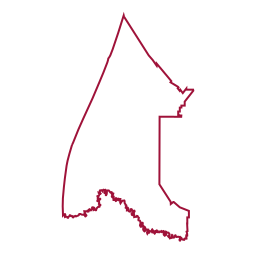 Matamoros, Tamaulipas, Mexico, rotated 180°
{"feature_id": "50627088B46889164342382", "entity_name": "Matamoros", "entity_type": "district", "adm_level": 2, "iso_a3": "MEX", "parent_name": "Mexico", "parent_adm1": "Tamaulipas", "projection": "equal_earth", "projection_center": [-97.465, 25.556], "detail": "fine", "context": "isolated", "style": "outline", "palette": "rose", "viewbox_px": 256, "rotation_deg": 180, "n_neighbors": 0, "source": "geoboundaries", "source_scale": "gbopen_adm2", "svg_char_len": 5571}
<svg xmlns="http://www.w3.org/2000/svg" viewBox="0 0 256 256"><g transform="rotate(180 128 128)"><path d="M74.8,139.2L74.7,140.5L77.3,140.6L77.3,141.2L77.8,141.2L77.8,144.5L76.2,144.5L76.2,148.4L74.6,148.5L74.6,150.4L71.3,150.4L71.3,154.4L62.7,165.3L62.9,166.3L69.7,166.3L69.7,167.4L73.2,162.9L75.7,166.3L76.3,165.2L78.3,167.7L77.5,168.6L78.0,169.2L85.5,173.7L84.7,174.9L99.3,192.4L99.4,191.1L99.2,190.8L99.3,190.2L103.3,196.0L107.3,200.6L127.8,232.8L131.6,238.7L132.1,238.8L132.2,239.3L132.2,240.2L132.3,240.6L137.8,223.1L143.3,206.8L145.7,200.6L146.6,199.0L147.7,197.5L148.0,195.8L148.7,193.5L152.7,183.2L156.7,173.6L163.4,157.8L172.7,137.5L177.6,126.5L183.0,113.1L183.7,111.7L184.1,111.7L183.9,111.7L183.9,111.4L186.6,102.2L188.4,95.4L189.4,90.4L191.1,77.9L192.1,69.0L193.1,57.8L193.3,49.8L193.0,40.5L192.1,41.4L191.3,41.9L191.0,41.9L190.7,41.3L191.1,39.5L191.0,39.0L190.1,39.4L189.6,39.4L188.9,39.0L188.5,38.3L188.1,38.2L187.9,39.0L186.4,39.8L186.4,40.5L186.1,40.8L185.3,40.5L184.7,39.9L183.4,39.9L183.2,39.6L183.2,38.7L182.8,38.6L181.9,39.5L181.0,40.0L180.7,40.1L180.2,39.6L179.9,39.6L178.9,40.1L177.9,40.4L177.1,41.0L176.8,41.9L176.5,42.0L175.5,42.0L174.3,41.4L171.7,41.1L171.2,40.7L170.8,39.7L170.5,39.6L169.7,40.4L169.6,40.7L170.5,41.8L171.5,42.3L171.0,42.9L171.6,44.0L171.7,44.8L169.2,44.6L168.6,45.3L168.2,45.1L168.0,44.4L167.4,44.5L167.2,44.9L167.2,45.9L167.1,46.4L166.3,46.8L165.6,45.8L165.2,45.6L164.9,45.7L163.9,47.1L163.9,48.5L163.6,48.7L162.8,48.6L162.5,46.8L162.3,47.1L162.3,48.1L162.0,48.3L161.7,48.1L161.6,47.7L161.9,46.3L161.9,46.1L160.9,46.2L160.1,45.7L159.9,45.8L159.6,47.1L158.9,48.2L157.9,49.1L156.6,49.2L156.5,49.7L156.7,50.4L156.5,50.6L156.0,50.4L155.6,50.9L155.7,51.3L157.1,52.0L156.8,53.8L157.0,54.6L157.3,54.8L158.4,54.8L158.7,55.1L158.6,55.3L158.4,55.6L157.4,55.7L156.6,56.0L155.9,56.6L155.7,57.0L155.9,57.3L157.4,57.4L157.7,57.4L158.0,56.9L158.3,57.1L158.2,58.5L158.6,59.8L158.2,60.0L158.2,59.4L157.8,59.2L157.1,60.4L156.5,61.8L155.7,62.0L155.4,62.4L155.6,62.6L156.5,62.5L157.0,62.7L157.3,63.0L157.4,63.5L156.8,63.3L156.3,63.6L156.1,64.0L156.2,65.3L155.9,65.7L155.4,65.6L154.5,65.8L153.6,64.8L153.3,65.8L152.6,66.3L152.2,66.2L151.7,65.9L150.6,66.2L150.4,65.9L150.4,65.7L151.1,65.6L151.4,65.4L151.4,64.3L151.7,63.4L151.5,63.0L151.2,63.0L150.7,63.7L150.6,64.5L150.4,64.7L150.2,64.4L149.8,63.5L150.2,62.5L150.0,61.8L150.3,61.1L150.2,60.9L149.8,60.9L149.3,62.0L149.1,64.0L149.4,65.0L149.5,65.1L149.5,65.4L147.9,65.6L147.2,65.5L145.6,63.5L144.8,63.9L144.3,63.8L144.0,63.2L144.3,62.4L144.2,62.1L143.7,62.1L143.0,62.6L142.7,62.5L142.8,62.0L143.0,61.6L143.6,61.4L143.7,60.5L144.1,60.1L144.2,59.6L143.8,58.8L143.5,58.6L143.3,58.8L142.8,59.7L142.5,59.7L142.3,59.4L142.2,59.0L142.6,57.3L142.5,56.0L141.9,56.0L141.1,56.5L140.0,57.9L139.4,57.6L139.3,57.0L140.3,56.1L140.4,55.3L140.2,55.0L139.9,55.1L138.8,56.3L137.7,57.2L137.4,57.3L137.2,57.1L137.4,56.2L137.4,55.8L137.2,55.7L136.4,56.7L136.0,57.0L135.6,57.0L135.6,55.5L135.8,53.4L135.5,52.7L134.3,54.5L133.4,55.3L131.7,55.5L131.4,54.9L131.4,53.5L131.3,52.8L130.7,52.0L130.5,51.1L129.9,50.9L129.7,50.7L129.6,50.0L130.3,48.8L130.3,48.2L129.8,48.0L128.4,48.4L128.1,48.1L128.2,47.8L129.1,46.6L129.1,45.8L128.9,45.9L128.3,47.3L128.0,47.4L127.8,47.2L127.8,45.7L127.6,45.1L126.6,44.4L126.0,44.4L125.7,44.8L125.5,45.7L125.5,46.7L125.1,46.9L124.6,46.9L124.1,46.5L124.1,46.2L124.4,45.6L124.2,45.2L123.0,44.8L121.9,45.4L121.6,45.3L121.4,44.7L121.7,44.1L123.2,43.1L124.3,42.8L124.4,42.1L124.1,41.1L123.0,40.7L123.3,42.0L123.3,42.4L122.9,43.1L122.4,43.3L122.1,42.9L122.0,41.6L121.6,40.5L121.8,39.2L121.8,38.9L120.9,39.1L119.8,39.1L119.1,40.1L118.5,40.0L118.0,39.1L117.1,38.1L117.6,36.8L117.5,35.7L116.1,35.3L115.6,34.1L115.6,33.4L115.3,33.0L114.9,33.0L113.9,33.3L113.4,33.2L113.2,32.9L113.4,31.8L113.8,31.4L114.6,31.7L115.0,32.5L115.5,32.4L115.8,31.8L116.0,30.6L115.8,30.2L115.7,30.0L115.0,31.3L114.4,31.4L114.2,31.2L114.5,30.0L114.4,29.3L114.1,29.3L113.8,29.6L113.5,30.5L113.0,30.6L112.1,29.5L111.1,28.9L110.8,28.4L110.8,27.9L112.0,28.1L112.7,27.7L112.8,27.4L112.8,26.4L112.3,25.4L111.5,24.6L111.3,24.7L110.6,25.5L110.5,26.1L110.7,26.8L110.4,27.2L109.4,26.3L108.0,26.5L107.7,26.4L107.8,25.3L108.6,24.5L108.9,23.8L109.0,23.3L108.6,22.3L108.4,22.6L108.3,23.8L107.9,24.4L107.6,24.2L107.3,23.2L107.0,23.2L106.6,23.5L106.4,24.2L106.9,24.5L106.8,24.9L106.5,25.0L104.5,24.7L103.8,23.6L103.6,23.6L103.5,24.3L103.6,24.9L104.1,25.8L104.0,26.4L103.8,26.6L102.9,25.4L103.0,24.0L102.1,23.9L101.8,22.9L101.3,22.4L101.1,22.6L101.0,23.1L100.9,24.9L100.1,25.1L99.2,25.6L99.0,25.4L99.5,24.4L99.3,23.9L99.0,23.8L98.1,23.9L96.8,23.7L96.7,23.8L96.7,24.5L95.5,24.2L94.7,25.0L94.4,24.8L94.5,24.0L94.0,23.8L92.9,24.9L92.4,25.0L92.0,24.5L92.3,21.6L92.1,21.1L91.3,20.3L90.0,21.0L89.9,21.5L90.1,22.0L91.1,22.5L91.2,22.8L90.2,23.4L90.0,24.3L89.6,24.1L89.0,23.2L88.0,23.4L87.5,23.3L86.6,22.1L86.5,21.4L87.0,20.3L87.8,20.3L88.0,19.9L87.3,19.0L86.7,19.3L86.3,19.1L86.2,18.8L86.1,17.7L84.8,18.0L84.3,18.6L84.1,19.9L84.4,20.7L84.0,21.1L83.5,20.7L83.8,19.0L83.6,18.6L83.2,18.3L81.9,18.5L81.5,19.7L80.7,20.7L80.3,20.5L80.2,19.4L79.8,19.1L79.2,19.0L77.9,19.3L76.8,19.0L76.2,19.1L76.0,17.3L76.4,16.7L76.5,16.1L76.3,15.5L76.1,15.4L75.9,15.4L75.7,15.8L74.9,18.3L74.6,18.1L74.1,17.0L73.6,16.5L71.9,16.1L71.7,16.3L71.7,17.1L71.4,17.4L70.9,17.5L69.9,17.3L69.5,17.4L69.7,18.7L69.4,19.5L69.8,19.6L69.7,20.7L68.8,20.7L68.9,21.7L68.8,21.9L69.4,24.4L68.5,24.8L68.9,32.5L68.7,32.5L68.7,38.6L67.1,38.6L67.1,45.1L76.2,48.7L82.3,54.0L82.7,54.0L85.2,52.0L85.3,53.7L85.4,54.3L96.6,71.7L96.4,139.3L74.8,139.2Z" fill="none" stroke="#9f1239" stroke-width="2"/></g></svg>